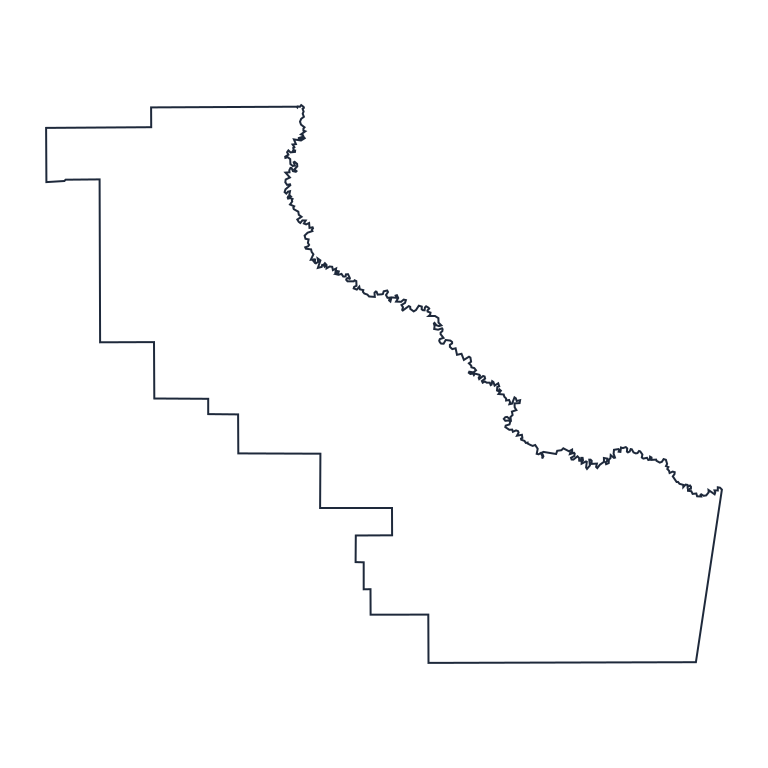 outline of Aguirre, Santiago del Estero, Argentina
{"feature_id": "61730980B73101966705720", "entity_name": "Aguirre", "entity_type": "district", "adm_level": 2, "iso_a3": "ARG", "parent_name": "Argentina", "parent_adm1": "Santiago del Estero", "projection": "orthographic", "projection_center": [-62.375, -29.263], "detail": "fine", "context": "isolated", "style": "outline", "palette": "slate", "viewbox_px": 768, "rotation_deg": 0, "n_neighbors": 0, "source": "geoboundaries", "source_scale": "gbopen_adm2", "svg_char_len": 6122}
<svg xmlns="http://www.w3.org/2000/svg" viewBox="0 0 768 768"><path d="M296.6,106.7L151.1,107.4L151.2,127.2L46.1,127.9L46.4,182.1L64.4,181.0L65.6,179.7L99.6,179.4L100.1,342.3L154.0,342.1L154.3,398.5L208.2,398.8L208.2,414.1L238.1,414.4L238.3,453.4L320.4,453.7L320.1,508.0L392.0,508.0L392.1,535.3L355.8,535.5L355.6,562.1L363.7,562.3L363.7,589.3L370.5,589.2L370.6,614.7L428.3,614.6L428.5,662.9L695.9,662.2L721.9,489.6L720.0,487.7L717.8,487.3L717.8,490.5L714.5,490.4L715.2,492.7L714.6,494.3L708.5,490.0L708.7,492.3L706.2,495.4L703.7,495.8L701.2,494.3L700.5,495.0L701.1,496.5L697.1,496.3L696.3,493.5L692.6,493.9L691.3,491.2L688.0,490.8L688.0,489.3L690.9,488.7L691.0,486.8L690.0,485.5L687.6,487.1L687.5,484.9L685.6,484.6L683.3,487.1L683.3,484.9L679.5,483.8L678.0,481.9L676.6,482.0L672.8,476.4L674.5,474.1L674.7,472.2L672.7,471.6L669.6,473.0L669.0,470.7L667.3,469.0L668.4,467.1L666.0,466.1L667.1,463.9L665.9,459.8L663.6,459.1L661.9,461.8L659.8,462.6L656.5,460.8L656.1,459.6L651.5,459.9L651.5,457.5L650.1,456.7L649.8,459.7L648.3,460.0L647.0,457.8L643.3,458.6L641.8,457.5L642.4,454.5L640.2,451.4L639.0,451.0L637.5,453.1L635.8,453.4L633.5,452.4L631.8,449.3L630.7,449.1L629.7,451.5L627.9,452.4L626.9,451.6L627.2,448.4L625.8,447.1L622.9,448.1L621.0,447.5L620.4,451.9L618.7,451.7L619.3,450.0L618.5,449.1L614.0,449.8L613.6,453.8L615.0,457.6L614.0,457.9L610.7,455.1L610.4,458.3L608.9,459.6L608.7,463.1L606.1,464.2L605.5,462.3L607.1,461.0L607.3,458.6L603.9,458.0L604.0,461.8L599.9,464.7L597.3,468.1L596.1,466.9L596.9,463.6L591.5,463.9L591.7,460.8L590.6,459.7L589.3,459.7L589.9,465.5L587.0,468.9L586.1,467.5L586.8,461.8L586.0,461.4L581.6,463.7L581.6,461.8L583.0,460.3L582.6,457.9L581.3,457.9L581.1,460.3L580.1,460.8L579.2,460.7L579.1,458.0L577.5,456.3L573.4,459.6L571.6,459.5L571.0,457.8L574.3,456.0L574.7,453.6L574.1,452.8L569.9,454.1L570.3,452.9L572.2,452.1L572.1,449.6L569.0,451.3L563.3,448.3L561.4,450.2L557.2,450.8L556.1,454.0L543.4,451.9L541.9,452.7L543.4,456.3L542.2,458.5L542.4,456.0L540.7,453.0L538.6,454.3L536.7,453.8L537.7,448.8L535.2,445.0L532.7,445.9L530.5,445.0L527.6,443.5L527.6,442.6L525.8,442.9L524.5,440.9L521.2,439.7L521.0,438.6L522.4,437.9L521.9,434.8L517.0,435.7L518.6,432.6L518.0,431.1L516.0,430.4L512.9,431.8L512.2,429.6L509.3,429.8L505.3,427.1L505.7,425.6L509.5,424.4L510.3,421.5L508.5,420.5L505.3,420.8L503.8,418.9L505.3,417.2L507.1,416.9L510.8,419.8L510.5,417.0L512.6,415.0L511.9,411.6L516.4,410.1L514.7,407.4L514.5,403.4L519.6,403.1L520.1,400.2L516.7,401.0L515.8,398.3L514.5,397.4L512.0,403.7L509.4,404.2L510.1,402.3L509.1,400.0L506.1,400.5L506.1,398.5L504.3,396.7L503.7,394.5L498.5,394.0L500.9,390.7L499.4,389.4L498.6,391.2L497.0,390.5L497.3,387.0L499.2,386.3L498.2,383.3L494.6,385.6L493.4,382.0L492.2,381.2L491.6,384.6L490.7,385.1L489.8,382.7L486.7,382.7L484.9,381.5L482.7,382.7L481.9,381.0L485.1,378.6L484.6,376.5L483.1,376.0L479.2,379.1L478.7,377.8L480.0,375.6L479.4,374.8L474.9,373.6L473.9,375.1L473.0,373.5L470.4,374.0L468.8,372.8L469.3,371.7L473.4,372.4L476.0,370.3L474.3,368.1L471.4,367.3L471.2,365.6L468.9,363.3L471.1,361.7L470.4,357.6L469.0,356.7L463.9,359.9L461.5,353.8L457.0,354.8L455.6,348.3L452.3,349.1L449.9,346.9L449.9,344.8L452.1,343.4L452.1,342.0L450.4,340.6L445.7,340.0L443.6,343.7L441.1,343.6L439.9,342.3L439.2,340.8L439.8,339.1L443.5,337.9L440.6,334.2L440.6,332.6L442.3,331.2L442.6,329.2L442.0,328.3L438.1,329.7L434.2,329.0L434.6,326.1L433.9,323.5L434.5,322.9L436.5,325.3L439.0,326.1L441.3,325.4L438.5,322.6L438.4,318.1L435.0,316.0L428.7,316.0L430.1,314.8L430.5,312.6L427.6,311.6L427.4,310.5L429.2,308.6L428.5,307.7L426.1,306.3L424.9,307.5L424.6,310.3L422.9,310.2L421.7,309.3L421.8,306.6L418.8,305.7L416.0,310.0L413.7,311.4L410.3,308.9L410.2,306.8L408.8,306.1L402.8,310.5L402.2,309.9L403.0,307.2L401.5,305.0L405.0,302.9L405.9,300.1L403.7,299.6L401.1,301.8L396.1,301.6L398.2,298.0L396.9,295.2L395.7,295.6L396.6,297.1L396.1,297.8L391.5,297.4L390.4,301.5L389.1,300.4L389.9,297.6L387.5,297.8L386.0,295.0L388.0,292.0L387.2,290.5L383.7,291.3L382.9,294.0L381.9,294.3L377.7,294.6L376.5,291.7L375.7,291.5L374.5,292.8L374.8,296.9L369.1,296.5L367.4,294.6L364.3,293.5L362.9,291.8L363.3,290.1L359.8,289.3L359.3,286.7L356.8,289.6L353.7,288.4L354.2,286.8L356.5,285.8L356.3,281.1L354.6,280.3L353.8,281.3L347.5,281.3L346.2,279.8L346.5,278.9L347.4,278.1L349.6,278.8L349.9,278.2L348.0,274.2L345.9,274.4L345.6,276.4L344.5,276.6L343.2,276.5L341.5,273.9L338.5,274.8L335.7,274.1L338.3,272.8L338.8,271.4L337.1,271.0L335.5,272.1L336.1,268.5L332.9,270.1L332.2,266.8L329.7,266.5L326.5,268.4L326.5,264.9L324.9,263.2L324.0,264.3L325.0,265.6L324.5,266.5L323.5,265.0L322.2,264.9L321.7,266.9L317.9,267.9L320.4,260.4L317.6,258.4L318.2,261.7L315.9,263.4L314.9,262.9L315.0,259.5L314.1,259.3L313.4,261.0L312.4,259.7L310.8,259.8L313.4,254.3L311.6,251.8L311.1,249.4L305.9,248.7L305.2,247.3L308.1,246.3L309.1,244.9L307.9,242.9L308.6,239.4L305.5,238.8L304.6,235.6L307.6,232.7L312.4,231.1L311.8,229.9L313.0,228.3L312.6,227.3L309.5,227.9L309.1,223.0L306.1,224.4L303.9,223.5L305.7,220.5L302.4,220.4L300.3,223.0L298.7,221.8L297.3,219.5L301.5,216.8L298.8,214.8L298.3,211.7L293.8,209.2L293.3,207.8L294.2,206.3L290.0,204.5L292.2,201.5L291.8,199.8L292.5,199.0L290.5,198.0L288.1,198.6L287.7,197.6L288.2,196.4L290.6,196.2L289.3,194.8L290.0,191.2L287.9,191.7L286.3,193.6L284.6,192.1L285.5,189.3L290.3,185.2L290.0,184.3L287.1,184.9L285.3,182.3L285.7,179.5L289.9,177.5L285.5,172.6L289.5,172.3L289.3,170.3L290.5,167.9L291.6,168.1L292.9,171.1L295.8,171.8L296.5,171.1L294.4,169.3L297.3,166.4L297.1,163.9L294.6,161.8L293.7,162.3L294.9,165.6L292.7,166.0L290.4,164.0L290.2,159.1L287.8,157.2L285.4,157.9L285.2,156.7L288.4,154.7L287.1,152.2L288.4,150.4L290.5,152.4L295.0,151.9L295.1,150.7L292.9,151.0L293.7,149.4L293.2,148.0L294.4,147.2L292.6,144.5L295.9,144.1L293.9,139.4L301.0,140.5L304.7,138.2L303.8,137.1L302.1,138.5L298.8,138.8L298.8,138.0L303.3,136.6L303.1,135.3L301.0,134.4L305.3,131.3L303.4,130.6L303.4,128.6L304.5,127.3L301.0,124.6L300.0,121.7L301.2,118.8L303.9,116.8L302.7,113.7L303.6,111.6L302.6,108.8L303.9,107.8L303.6,106.9L301.2,105.1L299.9,106.8L297.9,106.4L297.4,107.5L296.6,106.7Z" fill="none" stroke="#1e293b" stroke-width="2"/></svg>